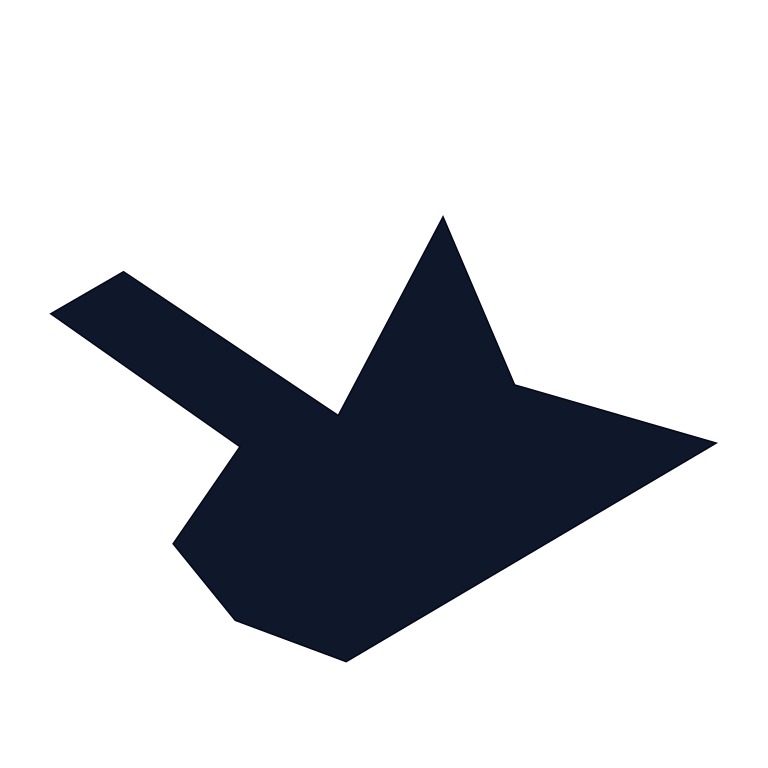 Williamsburg, Virginia, United States of America, rotated 331°
{"feature_id": "52423323B40435366156553", "entity_name": "Williamsburg", "entity_type": "district", "adm_level": 2, "iso_a3": "USA", "parent_name": "United States of America", "parent_adm1": "Virginia", "projection": "robinson", "projection_center": [-76.709, 37.278], "detail": "fine", "context": "isolated", "style": "filled", "palette": "ink", "viewbox_px": 768, "rotation_deg": 331, "n_neighbors": 0, "source": "geoboundaries", "source_scale": "gbopen_adm2", "svg_char_len": 303}
<svg xmlns="http://www.w3.org/2000/svg" viewBox="0 0 768 768"><g transform="rotate(331 384 384)"><path d="M645.9,596.7L497.8,448.1L516.7,266.4L328.7,389.4L210.6,159.5L126.6,161.0L227.6,369.0L122.1,421.5L139.3,518.6L216.3,608.5L645.9,596.7Z" fill="#0f172a" stroke="#020617" stroke-width="1.5"/></g></svg>